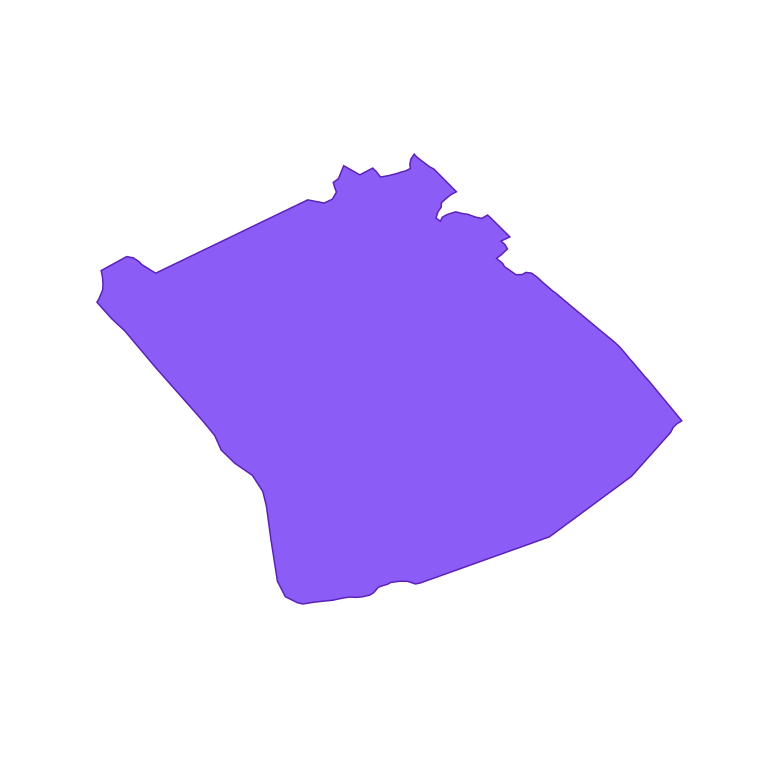 Anajatuba, Maranhão, Brazil (Natural Earth projection), rotated 281°
{"feature_id": "56859067B58311324239433", "entity_name": "Anajatuba", "entity_type": "district", "adm_level": 2, "iso_a3": "BRA", "parent_name": "Brazil", "parent_adm1": "Maranhão", "projection": "natural_earth1", "projection_center": [-44.559, -3.251], "detail": "fine", "context": "isolated", "style": "filled", "palette": "violet", "viewbox_px": 768, "rotation_deg": 281, "n_neighbors": 0, "source": "geoboundaries", "source_scale": "gbopen_adm2", "svg_char_len": 1761}
<svg xmlns="http://www.w3.org/2000/svg" viewBox="0 0 768 768"><g transform="rotate(281 384 384)"><path d="M593.8,331.7L584.7,320.4L590.6,302.8L576.9,300.1L572.2,295.7L567.5,298.1L563.3,300.7L555.5,298.0L550.2,290.6L550.2,274.0L517.9,230.7L449.2,138.7L455.0,123.5L457.4,120.2L460.0,113.8L460.0,107.1L441.4,84.7L434.8,87.4L428.1,89.2L422.8,89.9L413.6,88.0L409.5,86.6L396.0,104.4L386.6,119.5L370.7,139.2L356.4,156.9L315.6,210.0L310.0,217.0L304.9,223.1L301.1,227.7L288.2,236.7L277.7,252.7L269.2,272.2L255.4,285.5L241.6,291.9L209.7,302.7L170.1,317.0L156.4,327.7L152.8,340.6L152.6,346.4L156.4,356.7L160.3,369.3L161.9,374.9L163.7,378.9L166.4,385.4L168.3,391.1L169.2,397.2L170.9,403.2L174.0,410.2L177.2,413.7L183.4,417.2L185.9,421.4L187.9,425.4L190.5,428.6L193.4,437.1L194.8,445.0L193.7,453.0L195.5,457.4L231.7,518.4L265.6,575.6L340.7,644.6L387.3,672.3L391.2,674.6L397.0,676.3L401.0,679.3L404.7,683.3L438.0,642.8L441.2,638.4L445.9,632.6L451.3,626.0L455.3,620.7L459.8,615.3L465.6,607.9L468.8,602.7L470.9,599.0L472.9,595.2L477.7,586.4L481.8,578.9L487.6,568.4L493.4,557.8L496.9,551.5L500.9,544.3L506.0,535.2L507.8,531.4L509.9,527.7L514.3,520.0L517.7,514.6L521.0,507.8L520.6,502.0L517.7,498.6L516.5,492.6L520.1,484.7L522.0,480.1L525.0,477.5L528.8,470.5L533.5,474.7L536.8,477.0L540.1,479.4L543.8,476.3L546.7,471.6L552.4,479.5L567.4,457.1L569.6,453.4L565.2,448.3L565.3,441.9L566.6,433.8L566.3,427.9L566.7,421.6L564.4,417.2L561.8,412.8L558.7,409.3L554.6,408.3L556.7,403.4L563.3,404.1L568.4,406.4L573.0,405.8L578.3,409.9L582.8,413.7L586.5,418.4L604.5,392.0L606.1,386.8L613.0,373.0L615.4,369.8L610.1,367.5L604.9,367.4L600.5,368.7L597.2,364.4L595.4,360.6L593.0,356.3L589.4,348.7L586.5,341.1L591.2,335.7L593.8,331.7Z" fill="#8b5cf6" stroke="#5b21b6" stroke-width="1.5"/></g></svg>